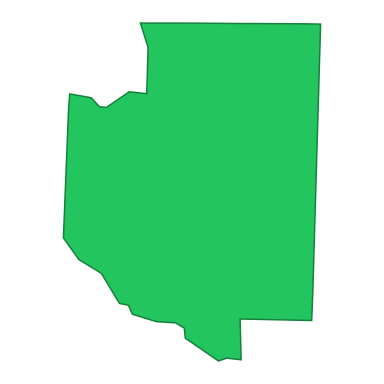 outline of Weakley, Tennessee, United States of America
{"feature_id": "52423323B99805929976659", "entity_name": "Weakley", "entity_type": "district", "adm_level": 2, "iso_a3": "USA", "parent_name": "United States of America", "parent_adm1": "Tennessee", "projection": "equal_earth", "projection_center": [-88.766, 36.283], "detail": "fine", "context": "isolated", "style": "filled", "palette": "green", "viewbox_px": 384, "rotation_deg": 0, "n_neighbors": 0, "source": "geoboundaries", "source_scale": "gbopen_adm2", "svg_char_len": 530}
<svg xmlns="http://www.w3.org/2000/svg" viewBox="0 0 384 384"><path d="M146.5,23.1L140.5,23.0L140.4,23.0L148.1,47.6L146.7,93.7L129.2,91.8L106.4,107.4L99.4,106.7L91.3,97.8L69.7,93.9L68.5,110.3L63.4,237.9L78.9,259.6L101.3,273.3L119.4,303.4L128.4,305.2L132.4,314.3L156.6,321.7L175.4,322.8L184.3,328.1L185.3,338.2L218.5,361.0L226.8,358.1L241.1,359.8L240.1,319.0L311.7,320.5L312.8,292.3L320.6,24.1L303.9,23.8L285.3,23.7L236.7,23.5L205.3,23.2L186.6,23.1L156.4,23.1L146.5,23.1Z" fill="#22c55e" stroke="#15803d" stroke-width="1.5"/></svg>